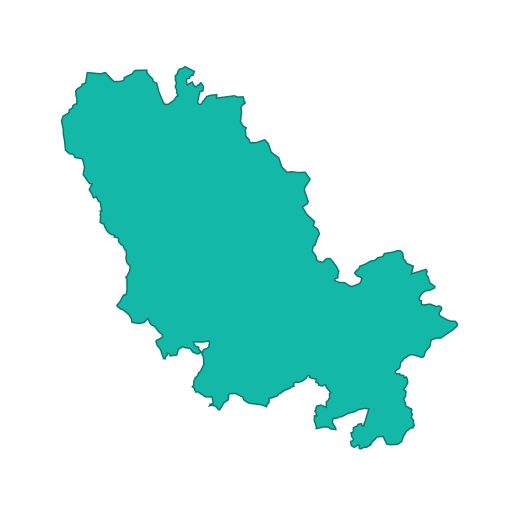 outline of Carrick-On-Shannon Lea-6, Leitrim, Ireland, rotated 186°
{"feature_id": "5873133B60046508730190", "entity_name": "Carrick-On-Shannon Lea-6", "entity_type": "district", "adm_level": 2, "iso_a3": "IRL", "parent_name": "Ireland", "parent_adm1": "Leitrim", "projection": "robinson", "projection_center": [-7.954, 53.923], "detail": "fine", "context": "isolated", "style": "filled", "palette": "teal", "viewbox_px": 512, "rotation_deg": 186, "n_neighbors": 0, "source": "geoboundaries", "source_scale": "gbopen_adm2", "svg_char_len": 6038}
<svg xmlns="http://www.w3.org/2000/svg" viewBox="0 0 512 512"><g transform="rotate(186 256 256)"><path d="M452.5,401.3L451.7,396.4L450.5,394.2L450.2,388.4L452.0,388.0L453.8,386.4L453.8,384.2L456.9,381.8L457.2,378.8L462.5,374.8L463.5,369.9L460.9,361.9L460.4,357.4L458.2,349.9L456.6,341.4L452.3,338.2L448.2,338.1L446.4,335.1L438.7,334.5L435.8,326.6L436.4,318.9L429.1,310.6L426.5,310.8L428.8,304.6L425.6,300.5L423.6,296.8L420.9,298.2L418.3,293.9L416.6,293.5L414.1,284.7L415.6,284.6L414.9,281.6L415.4,280.6L414.7,279.4L414.5,273.1L410.5,271.7L409.0,268.3L408.3,268.1L407.5,266.1L405.5,264.2L402.7,262.5L398.5,261.7L398.3,260.7L398.9,260.1L394.6,259.4L394.2,256.0L391.7,253.5L389.4,252.3L387.1,248.5L385.9,248.1L384.9,243.9L385.2,240.9L384.1,236.6L381.9,234.0L380.6,233.5L379.9,231.1L380.2,227.6L382.4,222.0L383.3,221.2L382.0,219.8L380.7,208.6L381.1,204.1L383.8,203.1L386.4,196.4L389.2,192.4L388.8,191.6L385.5,189.3L382.2,188.4L376.4,184.5L373.3,180.5L372.4,177.0L364.9,176.7L360.3,178.2L357.0,182.5L353.8,177.4L352.3,176.3L350.2,176.0L344.3,170.1L341.1,168.1L340.5,165.7L344.1,162.8L345.8,162.1L346.6,160.6L344.6,156.2L343.2,155.4L341.0,152.6L337.3,144.4L336.5,144.2L335.7,144.2L335.3,146.5L334.1,147.6L334.2,150.1L332.2,149.7L330.9,147.7L324.5,149.2L323.5,155.0L319.6,158.1L316.2,157.3L312.0,157.3L308.7,153.8L304.1,152.5L302.3,153.0L301.8,153.8L299.6,154.4L302.4,156.4L303.3,157.7L303.4,158.9L304.2,159.6L306.1,159.7L308.5,162.0L309.3,164.1L300.2,164.8L293.9,166.6L293.0,164.1L293.5,162.7L293.2,160.7L295.2,158.9L298.0,157.7L299.6,154.5L299.3,152.0L297.9,150.8L296.5,142.7L299.4,134.9L301.0,133.8L301.3,131.1L303.9,128.2L304.7,124.9L304.3,121.3L305.7,119.3L303.3,117.9L302.7,115.9L301.4,114.3L299.7,115.0L291.7,110.7L284.9,111.1L283.1,105.0L286.1,103.7L286.6,102.1L285.5,102.7L281.9,102.9L279.6,101.7L277.2,99.2L276.1,99.2L272.3,107.0L268.6,109.9L268.4,113.6L269.2,114.4L268.8,115.2L267.7,116.2L262.3,117.2L254.5,114.4L252.7,111.3L248.0,108.9L235.0,108.6L229.9,107.2L229.4,109.4L227.7,111.7L228.0,116.0L226.1,116.3L221.4,118.5L220.0,119.4L218.6,121.7L217.7,121.7L214.8,124.3L215.1,124.7L208.1,128.2L207.5,129.3L204.6,130.3L205.2,133.0L203.7,134.8L201.4,134.6L197.7,135.9L193.6,139.3L192.1,142.3L190.4,142.9L189.5,141.3L190.0,141.0L189.3,140.6L183.3,139.8L183.3,136.7L180.6,135.9L180.2,134.1L176.3,133.6L174.3,135.1L173.2,134.9L172.1,132.3L171.3,132.3L170.6,131.0L167.4,128.0L168.6,126.6L167.9,122.5L168.9,121.2L168.8,120.3L170.8,118.2L170.2,112.8L175.7,114.5L179.8,113.1L180.5,111.2L180.2,109.4L181.3,107.8L179.7,106.1L179.6,104.7L178.5,103.5L181.3,103.0L180.8,101.4L181.1,99.2L178.2,92.5L178.0,90.6L170.3,93.2L165.8,93.3L164.2,92.0L158.4,91.7L158.7,93.0L162.6,98.1L162.6,101.7L161.9,102.6L157.9,103.4L156.6,104.7L154.2,105.1L147.6,109.3L141.8,111.3L137.8,114.1L131.9,115.8L127.8,115.8L130.2,103.0L131.1,100.4L130.9,98.3L132.7,98.4L133.7,100.3L136.8,99.3L137.7,97.5L141.2,95.4L140.9,91.5L141.7,90.3L143.0,90.3L142.1,86.6L139.7,84.0L141.0,82.0L142.5,81.5L141.5,77.6L140.1,76.6L138.1,76.1L134.5,79.1L133.7,78.2L133.2,75.5L131.8,75.1L128.5,77.1L126.1,77.3L122.0,80.3L122.7,80.8L116.5,88.8L110.7,89.8L106.3,82.7L103.9,82.3L97.2,83.1L94.5,84.1L91.8,86.7L90.4,92.3L88.1,97.3L84.4,100.9L81.8,101.6L81.9,102.4L80.9,103.7L82.1,107.0L82.1,109.0L84.7,111.5L84.0,115.2L85.3,116.8L84.9,119.1L85.8,120.6L87.4,120.4L88.3,121.4L91.4,122.1L91.7,124.8L94.4,129.4L93.2,130.6L92.7,132.0L92.5,136.4L93.0,137.4L95.4,138.4L93.5,141.2L91.8,146.0L93.0,150.1L94.1,151.5L95.4,150.4L96.2,150.6L96.5,152.6L100.4,152.8L100.8,154.1L103.2,153.4L104.4,153.9L105.2,154.9L105.1,156.5L101.4,159.6L100.9,165.7L99.3,167.0L98.7,168.8L92.4,173.9L88.9,174.2L80.9,172.5L79.1,173.1L78.2,174.7L77.7,178.4L73.6,184.3L73.1,190.6L68.2,193.3L63.8,193.6L52.5,203.1L48.8,207.5L48.5,209.4L50.7,211.8L55.7,211.6L59.2,212.4L66.2,215.4L67.7,216.8L67.8,218.7L65.9,222.0L66.0,223.9L67.0,224.9L69.0,225.5L71.1,224.5L78.0,226.4L84.0,224.8L86.0,225.0L86.8,226.6L87.0,228.8L88.7,229.2L89.4,231.0L87.5,235.6L84.2,238.8L79.3,240.3L74.9,243.0L74.9,244.3L80.4,247.6L82.9,253.5L84.9,255.5L84.1,258.5L85.6,260.4L99.6,254.5L98.5,262.4L105.2,264.3L106.9,266.7L108.9,268.3L110.4,274.2L113.1,276.3L115.9,276.1L119.8,274.3L128.6,271.8L129.4,269.5L130.6,268.3L134.7,267.0L137.4,264.0L141.1,263.1L146.3,259.4L151.7,256.6L152.1,254.3L154.7,251.9L156.1,249.4L153.1,246.6L149.5,246.0L148.2,244.9L149.4,240.3L151.2,238.7L157.6,235.6L160.6,236.3L165.1,238.8L170.3,238.4L174.6,239.6L175.3,240.3L175.1,241.7L172.2,242.9L172.7,245.5L172.0,249.2L174.8,253.8L178.2,257.5L181.8,261.0L184.6,261.1L186.5,259.8L188.9,256.6L194.0,257.4L195.0,258.0L195.9,261.2L197.3,263.4L200.4,266.6L200.4,271.0L198.3,273.4L197.1,279.2L195.2,284.8L197.7,289.4L202.2,291.8L201.4,296.5L209.9,302.7L215.0,309.7L210.3,313.4L209.7,315.7L214.6,326.0L214.7,329.0L210.2,337.9L215.9,344.4L222.6,343.4L229.7,343.5L233.9,342.4L239.5,347.1L243.7,356.1L251.7,360.8L255.4,368.8L259.5,372.5L267.7,368.7L273.7,368.0L275.1,371.0L278.7,374.2L279.8,381.0L279.1,382.5L282.1,383.6L285.5,388.0L285.4,397.7L286.5,401.9L285.6,404.4L282.9,406.7L283.0,408.0L284.1,408.3L284.4,410.8L285.5,412.9L291.2,412.1L294.0,413.1L311.8,408.9L311.9,412.4L318.5,410.9L321.9,409.3L322.0,408.3L323.2,407.3L323.2,406.3L325.2,404.2L325.7,401.9L327.7,400.7L329.1,401.2L330.1,402.9L329.5,410.4L329.0,411.6L329.2,413.2L326.0,414.8L326.1,419.2L328.6,422.3L329.4,422.5L330.1,420.3L331.0,420.3L333.4,417.8L335.5,419.0L337.7,422.4L342.1,419.0L342.8,419.9L343.7,424.6L340.6,426.0L340.8,427.1L339.3,428.7L337.5,429.2L336.6,433.1L346.3,436.9L349.3,434.5L351.8,433.8L353.1,430.8L353.4,428.6L355.1,426.9L354.4,422.0L353.6,421.0L353.2,419.0L354.1,416.1L352.1,412.6L352.1,410.3L350.0,407.1L351.7,406.4L353.4,402.8L359.1,397.6L362.7,397.3L364.3,399.2L369.8,409.2L372.8,417.5L376.5,418.8L377.3,421.3L382.4,425.4L383.8,427.6L384.0,429.4L395.1,428.0L396.8,426.8L398.2,424.2L405.8,419.5L405.5,417.5L406.8,416.3L410.4,415.2L415.6,414.6L425.0,422.7L429.7,420.9L442.9,420.8L443.6,410.3L447.0,408.5L447.0,407.2L447.8,405.9L450.9,403.8L452.5,401.3Z" fill="#14b8a6" stroke="#0f766e" stroke-width="1.5"/></g></svg>